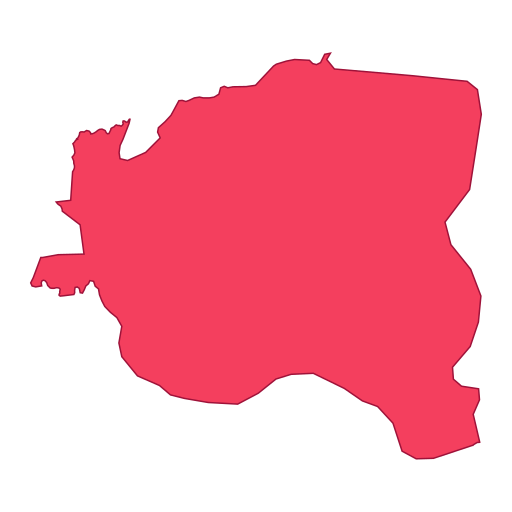 outline of Gourma-Rharous, Timbuktu, Mali
{"feature_id": "8926073B81360088660364", "entity_name": "Gourma-Rharous", "entity_type": "district", "adm_level": 2, "iso_a3": "MLI", "parent_name": "Mali", "parent_adm1": "Timbuktu", "projection": "natural_earth1", "projection_center": [-2.501, 16.02], "detail": "fine", "context": "isolated", "style": "filled", "palette": "rose", "viewbox_px": 512, "rotation_deg": 0, "n_neighbors": 0, "source": "geoboundaries", "source_scale": "gbopen_adm2", "svg_char_len": 2721}
<svg xmlns="http://www.w3.org/2000/svg" viewBox="0 0 512 512"><path d="M330.4,53.2L324.7,54.3L320.6,62.6L316.5,64.6L312.7,63.6L309.4,60.3L294.6,59.5L286.4,61.1L276.3,64.2L273.5,66.1L255.5,85.3L246.2,86.6L233.0,86.8L227.8,87.8L224.2,86.3L220.6,87.8L218.9,94.2L214.1,97.1L209.3,97.9L203.3,97.9L199.5,97.1L194.3,97.9L189.0,100.4L185.9,101.5L182.2,100.4L178.9,100.7L178.8,100.9L172.0,113.5L171.9,113.6L171.0,115.3L165.1,121.7L158.4,127.7L157.6,132.1L160.2,137.9L145.7,152.4L127.6,160.5L120.0,158.7L119.1,152.7L120.1,145.4L123.0,139.2L129.1,123.3L130.0,119.2L129.9,119.1L129.3,119.3L128.2,120.9L127.9,121.9L126.2,122.2L124.7,121.1L123.9,120.9L123.1,121.0L122.9,121.9L122.8,122.2L122.8,122.3L123.2,123.8L123.2,124.0L122.6,124.8L122.3,125.3L121.1,126.2L120.7,126.0L119.6,125.5L117.8,125.5L116.2,124.9L115.1,125.7L114.0,126.9L112.2,127.7L111.0,128.5L110.9,129.1L110.6,130.2L109.3,132.8L109.0,133.5L107.5,133.8L106.3,132.8L105.2,130.6L103.9,129.9L102.0,129.1L99.5,129.4L97.8,130.4L97.4,130.7L97.2,130.9L95.8,132.0L94.0,133.1L92.5,133.7L91.8,133.8L90.7,133.9L90.5,132.6L89.7,131.8L89.1,131.1L86.6,130.5L85.1,131.4L84.1,132.0L82.4,131.8L80.7,131.9L79.7,132.6L79.3,134.9L79.1,135.4L78.4,136.9L77.9,137.9L76.6,138.8L76.6,139.0L77.3,139.3L75.7,140.2L74.5,142.1L72.9,143.7L73.6,145.5L74.0,147.1L74.6,150.1L74.7,151.4L74.9,152.8L73.8,155.2L72.1,157.1L73.7,160.9L73.8,163.3L74.5,165.9L74.4,168.0L73.6,170.1L72.6,171.7L70.7,200.3L56.2,202.0L57.7,203.9L59.0,204.9L60.8,206.1L62.1,209.0L62.3,211.2L80.1,224.8L84.0,254.1L58.2,254.7L42.6,257.5L40.8,257.5L33.3,277.6L30.7,282.9L32.1,286.0L35.7,286.9L41.7,285.9L41.2,282.8L42.0,280.8L43.4,280.2L45.1,280.7L46.7,282.6L47.7,285.5L50.2,288.0L51.8,288.3L52.8,288.3L54.1,288.3L56.3,287.7L58.2,287.8L59.4,288.3L60.2,289.3L59.7,291.6L59.8,293.2L59.1,294.2L59.1,295.3L60.2,296.1L63.3,295.8L73.9,294.5L74.7,292.7L74.6,290.4L75.1,287.4L77.3,287.0L79.3,288.4L80.2,292.7L82.5,293.1L84.3,289.7L85.8,286.0L88.4,283.8L89.9,280.6L93.6,281.3L95.2,286.2L98.5,288.9L99.5,294.8L101.9,300.9L104.8,306.5L110.4,312.3L116.9,317.6L121.8,326.3L118.9,343.0L121.8,356.7L137.5,375.9L159.5,385.5L170.5,394.9L184.4,398.4L208.3,402.5L237.7,404.1L258.3,393.2L276.0,379.0L291.2,374.3L313.3,373.3L344.3,388.4L362.4,400.9L377.6,406.5L393.0,423.2L402.1,451.2L416.2,458.8L433.5,458.3L472.1,445.5L472.3,445.4L472.9,445.4L473.4,444.8L474.1,444.3L476.8,442.7L477.1,442.5L478.4,442.4L479.7,442.3L479.7,442.1L473.2,414.3L479.5,399.8L478.6,388.8L461.5,386.2L453.4,379.2L452.5,367.2L470.2,346.5L478.4,322.1L480.9,296.0L470.7,269.3L450.9,244.7L445.0,222.1L469.6,189.5L476.0,148.8L477.5,139.1L481.3,114.3L477.4,89.6L467.1,81.3L441.5,78.7L412.3,75.7L334.4,69.0L326.7,59.5L330.4,53.2Z" fill="#f43f5e" stroke="#9f1239" stroke-width="1.5"/></svg>